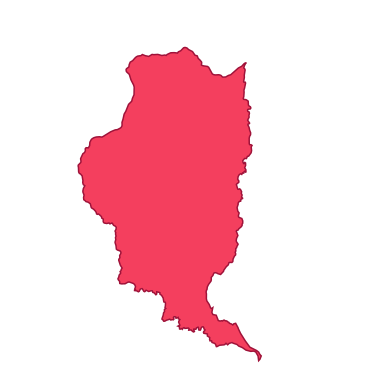 Montebello, Antioquia, Colombia, rotated 198°
{"feature_id": "7082276B54049955625365", "entity_name": "Montebello", "entity_type": "district", "adm_level": 2, "iso_a3": "COL", "parent_name": "Colombia", "parent_adm1": "Antioquia", "projection": "robinson", "projection_center": [-75.531, 5.918], "detail": "fine", "context": "isolated", "style": "filled", "palette": "rose", "viewbox_px": 384, "rotation_deg": 198, "n_neighbors": 0, "source": "geoboundaries", "source_scale": "gbopen_adm2", "svg_char_len": 5963}
<svg xmlns="http://www.w3.org/2000/svg" viewBox="0 0 384 384"><g transform="rotate(198 192 192)"><path d="M180.2,331.8L181.3,331.1L182.1,330.1L183.6,326.9L186.2,324.3L191.4,315.5L193.4,314.1L195.5,311.8L197.8,310.9L198.6,310.8L200.4,311.8L201.5,311.9L202.7,311.8L206.1,310.5L207.6,310.3L209.2,310.6L214.6,315.7L216.0,316.2L220.2,315.5L221.8,315.5L222.3,315.7L222.7,317.9L223.1,318.6L224.9,319.8L227.4,321.0L229.1,323.1L231.4,323.0L234.9,325.7L239.2,326.4L241.3,327.4L242.5,327.4L243.4,327.3L244.6,326.5L246.4,322.8L248.3,321.1L248.7,319.7L252.1,319.0L255.3,317.8L258.1,315.2L258.8,313.9L260.1,313.9L262.9,312.5L267.0,312.3L270.8,310.8L272.5,310.5L275.0,307.6L278.5,307.2L281.7,307.4L282.7,305.9L285.6,304.5L286.7,303.4L287.6,301.9L289.0,298.6L290.9,296.4L291.1,293.8L290.7,291.4L292.4,289.0L292.5,287.9L291.8,286.5L291.2,286.0L288.0,284.5L284.7,279.8L280.6,275.7L279.4,273.9L277.2,266.6L277.6,262.6L277.4,259.7L279.4,255.8L279.9,248.3L280.6,245.1L280.1,239.8L280.1,236.6L279.1,233.8L279.1,232.3L279.7,230.9L282.2,228.3L284.3,227.3L287.9,224.2L293.9,217.1L294.7,216.4L297.2,215.9L300.1,214.7L302.0,213.4L303.3,212.0L304.0,210.8L304.5,207.8L303.7,204.4L304.2,202.0L306.4,201.4L306.9,200.1L306.2,198.3L306.2,197.4L306.5,196.2L307.6,194.7L308.2,189.8L308.2,189.1L307.1,187.0L306.9,185.7L308.5,182.4L308.3,181.5L307.6,180.3L306.0,176.0L304.8,174.8L303.8,174.8L301.5,173.4L299.2,169.0L298.9,167.4L298.1,166.0L297.5,165.4L295.9,164.8L296.4,161.8L296.1,159.3L295.7,158.2L293.7,155.7L293.4,153.1L292.5,151.2L291.1,150.8L289.9,150.1L287.6,150.2L285.1,149.4L283.1,146.2L282.6,145.8L280.2,145.2L278.0,144.0L276.8,143.0L276.0,141.7L275.2,141.5L274.3,142.1L273.5,142.0L270.5,140.6L269.8,139.3L268.0,138.8L267.4,136.6L266.6,135.6L265.5,135.4L263.3,135.7L261.4,136.9L260.2,136.3L258.6,137.7L258.2,137.7L256.3,136.1L254.1,135.7L253.1,134.9L252.7,132.9L253.1,131.4L252.8,130.5L252.1,130.0L251.7,128.3L250.6,126.6L250.7,125.0L249.8,123.2L249.7,120.6L249.4,119.9L247.7,117.5L246.3,114.3L245.1,113.8L242.1,113.7L241.0,112.8L240.7,111.4L241.2,109.3L240.3,107.2L240.8,105.4L240.5,104.3L237.5,100.2L235.1,98.2L235.0,97.6L235.4,96.7L235.2,95.3L235.8,94.1L234.8,93.0L234.8,92.6L235.6,90.5L235.4,88.8L235.6,86.5L234.9,85.7L233.3,84.7L232.4,82.7L230.8,82.8L227.2,84.1L225.4,86.1L224.1,87.0L219.7,86.9L218.0,86.3L216.6,84.8L216.4,83.5L216.5,82.0L215.7,81.6L216.3,80.8L216.2,80.5L214.0,80.9L212.2,80.5L211.5,81.2L211.1,83.7L209.7,84.7L209.3,84.6L207.2,82.7L206.4,82.5L205.9,82.9L205.3,84.4L202.4,84.0L200.6,85.3L199.5,85.7L199.1,85.6L198.3,84.4L196.8,84.4L194.6,83.1L194.1,83.7L194.1,84.3L194.7,86.2L192.2,86.4L191.3,86.2L191.0,85.0L189.0,84.3L186.7,82.3L184.9,78.9L184.7,78.7L183.5,78.9L182.9,78.2L182.2,75.7L181.9,73.5L181.0,73.2L181.9,71.5L181.2,69.9L181.7,68.1L181.3,66.0L181.4,62.3L181.2,61.7L179.8,61.2L179.1,60.4L178.0,60.7L176.6,62.2L173.8,64.2L172.6,63.7L171.4,64.5L170.2,64.7L169.9,65.5L170.9,67.0L170.5,67.9L168.9,68.2L168.2,67.0L166.4,68.5L165.7,67.2L164.2,67.0L164.6,65.1L164.5,64.1L162.4,61.6L163.9,60.1L162.4,60.0L161.5,57.9L160.9,57.9L159.6,58.9L158.8,58.4L158.4,59.8L157.7,60.5L156.5,60.1L153.4,61.5L152.6,61.2L152.4,59.6L150.4,60.5L148.1,59.5L147.1,59.4L146.6,60.1L147.8,61.5L147.8,62.3L146.1,62.5L145.8,62.8L145.8,64.1L144.8,65.1L144.2,65.3L142.9,62.9L141.5,63.1L141.2,63.8L141.3,64.9L141.1,66.2L140.5,67.0L139.6,67.2L138.8,66.5L138.3,65.5L137.1,65.0L137.1,64.0L137.7,63.2L137.8,62.2L137.1,61.3L133.5,61.7L132.9,59.8L130.2,59.1L129.7,57.2L128.9,56.0L127.4,56.5L126.5,55.1L123.6,55.0L122.4,54.3L121.1,52.5L120.6,52.6L118.4,54.8L114.4,56.5L113.7,57.0L112.9,58.6L110.9,57.7L109.9,59.5L107.4,61.2L106.2,60.9L102.1,60.9L100.0,59.9L96.1,59.6L91.8,58.3L86.8,58.6L84.4,59.7L82.0,59.6L78.5,56.4L76.5,52.2L75.7,53.9L75.5,57.5L77.4,58.6L79.1,60.3L81.6,61.2L89.0,62.3L95.4,66.9L102.2,72.6L105.5,76.1L106.4,77.3L109.9,80.6L111.5,79.6L112.1,78.2L113.9,78.7L115.9,78.7L116.6,79.4L117.6,79.5L119.1,80.1L120.5,79.8L121.8,80.1L122.5,79.7L123.0,78.8L124.1,78.7L125.5,77.9L127.3,77.9L130.9,82.3L134.2,81.9L135.9,83.6L136.5,88.4L137.3,87.3L138.5,87.5L140.9,90.4L144.2,93.0L145.3,94.8L146.8,99.6L147.7,101.2L147.9,103.1L147.6,103.8L148.1,106.5L147.7,109.2L146.4,113.1L146.5,114.4L147.3,116.7L146.3,119.2L146.3,120.5L146.0,121.8L145.1,122.4L143.6,122.6L142.0,122.3L139.3,122.4L137.5,126.2L137.6,127.4L136.3,131.6L135.0,133.9L135.0,136.2L134.4,136.7L132.3,137.3L131.7,138.4L132.2,141.0L131.8,144.1L131.1,145.6L131.4,146.8L132.3,148.0L132.1,149.4L132.9,151.7L132.4,152.7L132.4,154.5L132.0,156.4L132.4,157.0L134.0,158.1L134.9,159.3L135.3,161.6L134.9,164.8L137.8,168.4L137.7,169.1L136.3,170.2L136.1,171.5L134.6,173.8L134.0,175.5L134.4,177.1L134.1,178.0L134.8,180.2L136.4,182.2L139.4,182.4L140.1,182.8L140.6,184.1L140.7,186.6L142.5,187.9L144.3,191.1L144.3,194.6L144.7,195.5L144.5,196.7L143.9,197.8L142.9,198.3L143.2,200.2L141.9,201.4L142.1,201.9L143.3,202.4L143.4,204.6L144.7,205.9L144.9,207.6L146.7,209.4L147.7,209.7L148.7,208.9L149.4,208.9L152.1,212.8L152.0,213.3L150.5,215.6L150.8,216.9L152.5,218.3L152.9,220.9L152.5,222.9L151.6,224.2L151.2,224.4L150.1,224.1L149.8,225.8L148.7,225.9L148.7,227.6L148.4,228.0L147.3,227.4L147.0,227.5L147.0,228.1L147.7,229.9L149.4,231.3L149.2,233.8L150.0,236.1L150.9,236.5L151.1,236.2L151.2,235.1L151.7,235.0L152.8,236.2L153.4,237.5L152.3,240.2L150.6,240.6L150.3,243.0L149.2,243.6L147.9,247.5L148.1,249.7L149.6,253.1L149.3,254.9L150.6,255.2L151.5,254.8L152.4,255.4L154.2,260.7L154.4,262.7L154.0,264.5L154.5,266.4L156.3,268.6L157.7,271.1L159.6,273.1L159.7,273.8L158.7,274.6L158.5,275.3L161.3,277.5L160.8,280.8L161.5,282.3L161.7,284.7L162.5,285.8L163.8,285.9L164.4,286.8L164.5,287.5L164.1,288.1L162.2,289.0L162.0,290.1L162.8,291.1L164.2,291.4L165.2,292.1L166.5,295.5L167.0,296.0L169.2,296.5L171.6,296.1L172.2,296.9L172.2,298.6L173.3,303.0L174.1,305.0L174.1,306.9L174.7,312.2L175.3,312.9L176.6,312.5L177.0,312.8L177.6,317.1L178.4,319.3L179.2,324.5L179.9,325.4L181.1,326.0L181.2,328.3L180.8,330.7L180.2,331.8Z" fill="#f43f5e" stroke="#9f1239" stroke-width="1.5"/></g></svg>